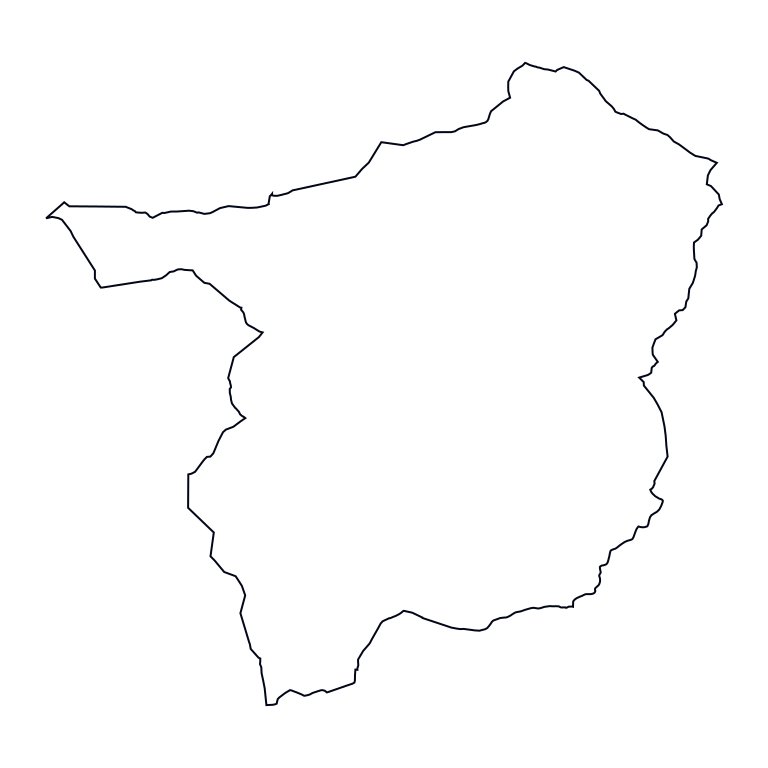 Vatra Dornei, Suceava, Romania (Equal Earth projection)
{"feature_id": "2599482B21734903931451", "entity_name": "Vatra Dornei", "entity_type": "district", "adm_level": 2, "iso_a3": "ROU", "parent_name": "Romania", "parent_adm1": "Suceava", "projection": "equal_earth", "projection_center": [25.347, 47.363], "detail": "fine", "context": "isolated", "style": "outline", "palette": "ink", "viewbox_px": 768, "rotation_deg": 0, "n_neighbors": 0, "source": "geoboundaries", "source_scale": "gbopen_adm2", "svg_char_len": 6065}
<svg xmlns="http://www.w3.org/2000/svg" viewBox="0 0 768 768"><path d="M579.8,596.7L582.2,595.8L582.9,595.4L585.0,594.4L586.3,594.1L589.0,594.1L590.9,594.1L592.1,593.9L593.6,593.4L594.5,592.7L595.2,591.6L595.3,590.7L595.0,590.0L595.1,588.6L595.6,587.9L598.4,585.4L599.3,584.0L600.0,581.8L600.1,579.7L599.9,578.2L599.4,576.5L599.2,575.6L599.6,574.4L600.5,573.1L600.7,572.4L600.5,571.2L600.0,568.9L599.9,567.8L599.9,567.0L600.3,566.4L601.9,565.5L603.6,565.3L604.8,564.9L606.1,564.4L607.0,563.5L607.7,562.3L608.4,559.9L609.3,556.4L610.0,552.7L610.5,551.0L611.1,550.3L612.5,549.6L615.5,548.6L617.4,547.3L619.7,545.4L621.5,544.1L624.7,542.0L627.1,540.9L629.9,540.1L631.5,539.6L632.5,538.9L633.6,536.9L634.5,534.3L636.3,529.5L637.6,527.5L638.4,526.5L640.8,527.1L643.0,527.3L644.9,527.1L647.3,526.3L648.3,524.2L649.0,520.6L650.0,517.3L651.3,515.3L654.0,513.5L656.9,511.8L659.3,509.5L661.2,505.9L662.7,501.9L662.8,500.6L661.8,499.5L659.2,498.6L655.2,496.2L653.0,494.1L651.7,492.7L650.6,490.6L650.3,489.6L651.6,488.9L653.0,487.4L654.6,483.6L654.3,481.1L667.6,456.6L666.4,446.0L665.7,435.9L664.5,426.5L661.6,412.3L657.6,404.5L653.8,397.9L643.9,385.6L643.7,382.1L639.2,377.6L647.8,375.0L649.4,374.1L651.2,372.7L651.7,368.0L652.5,366.7L654.2,365.9L656.0,363.4L657.8,361.9L652.9,354.9L652.6,352.9L652.4,347.7L653.6,344.3L655.5,339.3L662.5,335.2L664.9,331.5L667.2,329.2L668.7,328.3L672.7,324.9L676.4,320.4L674.9,313.8L679.1,310.4L682.7,310.1L685.4,307.3L686.3,301.5L688.3,298.4L689.3,288.8L692.9,282.8L695.1,275.8L695.8,271.1L696.8,267.5L696.6,262.8L694.4,259.0L694.1,253.5L693.9,250.5L693.8,246.6L694.0,242.5L697.8,239.8L701.2,235.8L701.7,229.4L706.6,225.3L708.2,221.4L708.1,218.9L710.1,215.9L712.1,213.5L714.1,211.9L717.0,208.0L718.5,205.5L721.9,204.2L719.7,199.2L718.8,194.5L711.0,186.1L706.8,184.3L707.9,175.4L710.5,170.1L716.8,162.8L711.1,160.3L708.3,158.6L703.1,157.5L695.3,155.9L689.9,152.5L684.6,148.5L679.0,144.4L673.8,141.5L670.0,137.2L667.5,135.0L663.4,133.6L657.8,130.4L649.1,129.2L646.9,127.9L642.3,124.8L638.5,122.0L635.7,119.7L632.4,118.2L624.8,114.4L623.6,113.7L621.1,114.0L617.1,112.5L615.4,111.7L613.9,109.0L611.9,106.5L605.8,101.2L600.2,93.5L599.2,90.9L588.5,80.7L586.7,80.0L578.9,72.6L574.3,70.6L563.7,67.1L557.1,70.0L555.6,71.5L547.8,69.5L544.2,69.2L539.7,67.7L537.3,67.3L535.8,66.6L535.0,66.6L529.7,65.0L526.6,63.4L525.1,62.9L522.4,65.7L517.5,68.6L513.9,71.3L508.3,81.6L508.2,87.0L508.3,91.0L509.4,95.2L510.1,97.7L503.2,101.4L491.1,111.2L490.0,113.7L488.7,117.8L488.6,118.6L487.5,120.8L485.7,122.3L484.2,122.9L482.6,123.2L481.1,123.7L479.1,124.3L475.6,125.1L463.6,127.2L458.7,129.0L455.0,131.3L451.5,132.1L435.4,132.2L419.9,139.7L416.5,140.9L413.4,141.6L406.4,144.0L403.2,145.2L381.3,142.2L368.8,162.6L362.2,168.8L355.4,176.7L292.5,190.4L289.7,192.2L287.6,193.3L283.6,194.3L281.4,194.9L277.4,195.8L274.4,195.8L271.9,195.3L272.0,193.9L271.6,194.4L269.8,196.3L268.6,203.5L268.8,204.1L265.6,205.7L257.1,207.5L252.4,207.8L247.9,207.9L228.6,206.1L220.0,208.1L212.5,212.1L210.0,213.2L204.4,213.9L198.6,212.4L197.1,212.7L193.4,211.2L189.0,210.7L177.2,211.5L174.6,211.5L171.2,211.5L164.5,213.0L162.3,212.8L152.7,217.8L149.7,216.6L147.6,214.1L145.5,212.6L144.5,212.6L141.4,212.8L137.6,212.5L135.9,212.3L134.7,211.0L133.3,210.4L131.7,209.2L125.7,206.8L97.5,206.5L69.3,206.3L64.2,202.3L61.9,204.4L46.1,218.3L52.2,216.9L58.4,218.1L62.0,219.8L70.6,231.0L73.4,236.8L94.9,270.5L94.9,278.6L100.7,287.5L102.6,287.5L140.0,281.7L151.3,280.3L151.7,279.9L152.9,279.7L153.7,279.9L156.9,279.4L161.8,278.2L166.1,275.3L169.6,272.1L171.0,271.8L173.7,271.4L176.7,269.9L178.4,269.3L180.0,269.3L181.3,269.2L184.7,269.9L192.7,270.4L196.1,275.7L204.3,282.8L209.6,283.8L229.4,300.7L240.1,307.5L241.4,307.7L241.1,309.8L242.6,311.5L243.4,312.6L244.1,314.2L244.4,316.1L244.9,318.2L245.6,321.1L246.1,322.7L247.4,324.4L248.8,325.4L253.8,328.0L259.4,331.5L262.6,332.4L259.0,337.0L233.8,357.1L228.2,378.0L229.0,379.9L229.9,381.2L230.1,383.0L230.8,385.4L231.0,387.3L229.7,389.1L229.8,390.8L229.8,392.7L230.2,394.6L230.4,395.3L230.7,396.5L231.1,400.1L232.0,403.5L235.1,407.8L236.0,408.5L237.7,410.5L238.7,411.5L239.5,413.0L240.1,414.3L242.1,416.0L242.7,416.3L244.2,417.2L245.3,418.1L240.5,421.4L233.3,426.8L225.9,429.6L223.0,432.2L218.5,440.9L213.4,453.2L210.4,456.6L206.9,456.9L206.0,457.8L204.5,459.3L202.5,461.8L195.1,471.8L191.4,473.7L188.3,474.4L188.1,507.8L213.8,532.5L210.5,556.3L214.8,560.7L224.2,572.0L235.6,576.2L236.7,577.8L241.9,585.9L245.2,595.4L240.4,613.2L249.2,642.4L249.9,644.3L250.7,648.9L256.9,655.9L258.7,657.8L260.3,658.5L260.2,660.5L260.3,661.1L260.0,664.1L261.3,667.3L261.6,673.2L263.2,680.7L264.7,688.4L266.4,705.1L268.4,705.0L272.9,704.8L275.8,704.1L276.7,703.6L277.1,701.6L277.8,699.0L279.5,697.3L280.6,696.5L284.9,693.2L289.4,690.5L290.0,690.1L291.6,690.5L297.2,692.6L301.7,694.5L304.2,695.8L307.0,695.3L309.8,694.5L312.5,693.0L316.1,691.8L320.5,690.4L322.0,690.1L324.1,690.5L325.3,691.1L326.8,692.4L328.6,691.9L347.0,685.5L352.4,683.7L354.4,682.6L354.9,680.5L355.0,674.9L355.4,669.6L357.4,669.8L357.3,668.7L357.8,667.1L358.3,665.3L358.1,661.9L358.0,660.6L358.2,659.3L360.7,655.1L363.2,650.9L369.7,643.4L372.1,638.8L378.2,628.1L380.6,623.6L382.6,621.3L389.2,618.2L389.7,618.3L391.8,617.5L393.1,616.9L394.2,616.5L395.0,616.2L395.7,615.9L396.7,615.4L398.1,614.7L399.4,614.0L400.1,613.5L400.9,613.0L403.4,610.9L403.7,610.8L412.3,612.7L422.5,617.6L422.5,618.0L432.2,621.2L437.0,622.8L441.8,624.4L451.4,627.6L457.3,628.7L460.6,629.1L463.6,628.9L474.9,630.4L479.5,630.7L481.6,630.1L485.2,629.2L487.3,628.0L489.0,626.0L490.8,623.6L491.9,621.8L493.4,620.5L500.3,618.0L504.0,617.6L506.0,617.5L507.6,617.0L510.6,615.5L512.4,614.2L515.5,612.4L517.4,612.0L520.6,611.4L525.5,609.7L531.1,608.1L533.3,607.8L536.3,608.2L538.0,608.5L539.7,608.3L541.9,607.7L544.2,606.9L549.8,606.1L552.8,606.3L556.1,606.2L558.9,606.4L560.4,607.2L561.5,607.5L563.7,607.4L565.4,607.4L565.6,607.7L566.2,607.8L566.5,607.7L567.7,607.2L568.5,606.7L570.2,606.6L571.8,606.5L573.0,606.8L573.2,601.4L573.4,601.2L574.1,600.2L575.3,599.1L576.8,598.1L579.8,596.7Z" fill="none" stroke="#020617" stroke-width="2"/></svg>